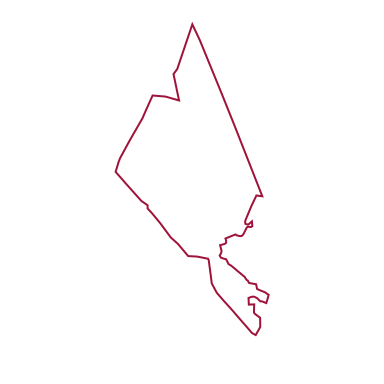 outline of Tijigja, Tagant, Mauritania, rotated 339°
{"feature_id": "47542326B404198781259", "entity_name": "Tijigja", "entity_type": "district", "adm_level": 2, "iso_a3": "MRT", "parent_name": "Mauritania", "parent_adm1": "Tagant", "projection": "equal_earth", "projection_center": [-11.566, 18.518], "detail": "fine", "context": "isolated", "style": "outline", "palette": "rose", "viewbox_px": 384, "rotation_deg": 339, "n_neighbors": 0, "source": "geoboundaries", "source_scale": "gbopen_adm2", "svg_char_len": 1538}
<svg xmlns="http://www.w3.org/2000/svg" viewBox="0 0 384 384"><g transform="rotate(339 192 192)"><path d="M127.9,145.8L133.2,160.2L141.6,182.4L142.9,184.2L145.8,188.5L144.6,191.5L147.2,197.9L151.3,210.2L154.7,222.6L156.0,227.1L156.6,228.2L160.3,235.5L165.5,250.5L173.8,254.2L183.1,260.1L183.2,261.6L180.0,275.0L177.7,284.4L178.0,286.8L179.0,294.9L182.7,305.1L184.4,309.5L186.9,315.9L190.3,325.4L192.7,332.0L195.0,338.2L197.5,345.2L200.2,348.4L206.0,343.6L207.4,342.3L209.8,335.8L210.5,333.7L209.0,331.5L207.9,329.6L207.4,328.9L207.1,328.3L206.6,326.8L209.8,319.2L204.7,317.5L206.8,311.2L209.5,311.2L211.1,311.4L212.6,312.1L214.8,314.5L216.6,318.6L218.1,319.1L221.5,322.3L223.7,319.6L226.7,315.5L225.6,314.0L224.5,312.1L222.0,309.7L220.0,307.9L218.0,305.8L218.8,301.1L214.5,298.5L212.7,297.4L212.3,294.6L211.4,293.5L210.8,290.3L209.6,288.1L206.0,281.7L203.4,276.9L201.9,274.4L200.3,272.4L200.0,269.2L199.7,267.0L197.9,265.7L195.4,263.6L195.1,261.2L197.1,259.7L198.4,257.8L199.2,251.7L203.7,252.2L205.6,251.7L206.3,250.2L206.6,247.4L217.4,247.2L218.0,248.3L220.6,250.2L222.5,250.9L224.7,250.0L230.4,244.8L231.6,244.4L234.7,245.9L236.1,245.5L237.4,240.9L233.2,242.5L231.8,242.0L230.5,240.9L230.7,239.4L231.8,237.5L242.6,226.2L250.2,219.0L250.9,218.3L251.7,218.8L256.1,221.2L255.5,146.2L255.0,112.3L253.7,53.1L252.4,35.6L222.3,71.9L217.0,75.3L212.7,101.9L201.3,93.3L198.7,92.1L189.8,87.8L179.4,98.1L175.3,102.2L172.2,105.4L151.9,121.9L136.8,134.8L134.3,137.6L129.8,143.4L127.9,145.8Z" fill="none" stroke="#9f1239" stroke-width="2"/></g></svg>